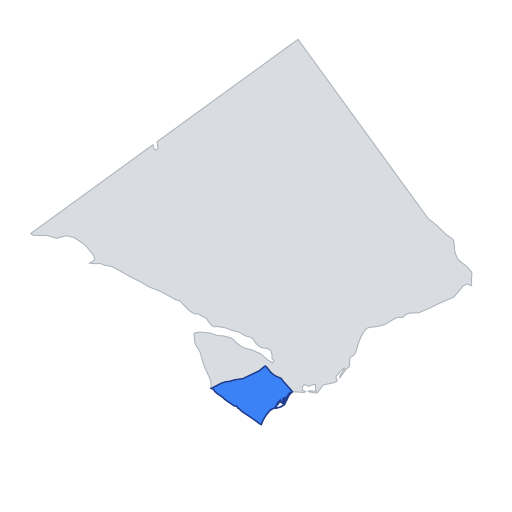 Shamal Sina' on a map of Egypt (Mercator projection), rotated 144°
{"feature_id": "EGY-1558", "entity_name": "Shamal Sina'", "entity_type": "Governorate", "adm_level": 1, "iso_a3": "EGY", "parent_name": "Egypt", "parent_adm1": "", "projection": "mercator", "projection_center": [33.332, 30.402], "detail": "fine", "context": "in_parent", "style": "filled", "palette": "blue", "viewbox_px": 512, "rotation_deg": 144, "n_neighbors": 0, "source": "natural_earth", "source_scale": "10m", "svg_char_len": 5954}
<svg xmlns="http://www.w3.org/2000/svg" viewBox="0 0 512 512"><g transform="rotate(144 256 256)"><path d="M425.0,406.6L415.9,406.6L406.8,406.6L397.7,406.6L388.6,406.6L379.4,406.6L370.3,406.6L361.2,406.6L352.1,406.6L343.0,406.6L333.9,406.6L324.8,406.6L315.6,406.6L306.5,406.6L297.4,406.6L288.3,406.6L279.2,406.6L274.0,406.6L274.9,403.9L275.4,402.0L274.8,400.7L273.0,400.4L271.9,400.8L269.1,406.4L267.7,406.6L264.5,406.6L253.9,406.6L243.3,406.6L232.6,406.6L222.0,406.6L211.4,406.6L200.8,406.6L190.2,406.6L179.6,406.6L169.0,406.6L158.4,406.6L147.7,406.6L137.1,406.6L126.5,406.6L115.9,406.6L105.3,406.6L94.7,406.6L94.7,399.9L94.7,393.1L94.7,386.4L94.7,379.6L94.7,372.8L94.7,366.0L94.7,359.2L94.7,352.4L94.7,345.6L94.7,338.8L94.7,331.9L94.7,325.1L94.7,318.2L94.7,311.3L94.7,304.4L94.7,297.5L94.7,290.6L94.7,283.6L94.7,276.7L94.7,269.7L94.7,262.7L94.7,255.8L94.7,248.7L94.7,241.7L94.7,234.7L94.7,227.6L94.7,220.6L94.7,213.5L94.7,206.4L94.7,199.3L94.7,192.2L94.7,185.0L94.4,183.7L92.9,178.9L91.5,172.7L90.0,165.0L89.8,162.6L87.2,154.7L87.0,152.5L87.6,150.9L91.8,144.2L93.1,141.0L94.2,137.1L94.5,133.9L93.3,129.1L91.8,124.7L91.3,120.2L91.1,115.8L93.3,112.8L95.9,110.0L96.8,108.2L98.3,106.3L99.4,105.4L101.5,109.3L105.8,110.0L120.0,106.5L135.7,110.0L144.4,111.4L157.7,114.4L165.8,119.8L168.0,120.4L173.8,120.3L177.7,123.5L192.9,125.0L201.0,128.5L205.6,131.3L208.3,132.2L210.8,132.0L214.1,131.0L218.3,129.0L222.8,126.3L232.2,119.3L235.5,118.1L237.7,118.4L240.3,118.3L241.4,116.4L242.8,115.1L243.7,113.6L245.1,111.8L250.0,111.3L259.8,108.2L258.7,109.7L249.8,113.1L253.6,113.6L257.5,112.4L262.0,111.6L262.8,110.2L263.4,107.4L264.2,107.1L267.3,107.6L276.5,111.8L278.8,111.9L285.2,109.6L286.6,109.1L288.7,110.4L293.5,115.6L291.8,115.5L286.7,111.0L286.2,113.2L283.3,117.2L287.0,118.9L289.9,119.5L291.5,121.7L292.5,123.7L295.4,122.8L297.5,120.2L296.4,118.7L295.7,117.1L296.7,117.1L298.7,118.4L304.5,123.4L306.5,124.4L308.7,124.3L313.4,122.9L314.7,123.1L321.1,121.2L321.8,122.6L322.9,123.9L328.0,122.4L336.0,122.4L342.5,120.8L350.1,116.8L350.8,116.2L351.2,117.2L352.1,119.9L354.4,126.8L356.4,132.2L358.9,139.7L359.6,142.6L360.0,144.6L363.5,152.8L365.7,159.5L367.2,164.9L369.4,172.9L370.4,175.6L368.8,177.1L365.7,182.2L362.4,198.5L357.7,211.2L357.1,219.1L356.4,221.9L354.1,225.9L351.4,229.9L346.5,227.8L338.6,220.9L334.0,214.4L329.0,210.2L324.4,204.5L323.1,200.5L323.1,197.9L321.1,191.5L319.6,188.5L313.9,181.7L312.2,178.1L311.0,176.5L309.7,174.2L307.7,165.4L305.4,159.7L302.8,161.3L303.3,163.7L301.0,166.9L299.7,170.7L300.7,173.8L305.4,178.5L306.3,180.6L307.4,185.0L307.2,191.1L308.0,193.1L311.5,197.6L312.7,200.3L313.5,202.5L314.6,204.6L318.1,208.5L323.1,215.9L327.8,220.9L331.2,223.2L332.7,225.6L333.0,231.8L332.7,234.8L335.7,240.3L336.8,243.1L339.7,245.4L341.1,248.0L342.3,252.2L344.1,264.7L346.6,267.7L354.4,284.1L361.0,294.3L364.1,302.0L369.0,311.3L378.4,331.6L384.1,337.9L386.3,341.4L390.4,344.1L394.8,348.0L390.6,347.6L389.5,347.9L388.1,348.5L387.3,350.9L387.0,352.8L387.6,363.0L388.7,368.2L392.4,378.0L395.2,381.0L396.5,382.9L398.4,384.3L407.2,387.6L412.3,394.7L423.9,403.6L425.0,406.0L425.0,406.6Z" fill="#d9dde1" stroke="#a8b0b8" stroke-width="1"/><path d="M352.2,119.8L352.4,120.7L353.5,124.1L354.4,126.8L355.5,129.7L356.9,133.4L358.6,138.0L359.2,140.5L359.3,141.9L359.4,142.4L359.9,143.0L360.1,143.4L360.1,143.8L359.9,144.8L359.8,145.4L359.9,145.7L360.1,146.0L361.6,147.4L361.9,147.8L362.8,150.5L364.5,155.2L365.5,158.3L365.6,158.5L365.7,158.9L365.7,159.1L365.8,160.8L367.1,164.2L368.2,167.2L368.9,170.5L368.8,172.7L369.0,173.5L369.6,174.8L369.9,175.2L358.3,173.4L354.8,172.2L351.6,170.4L345.9,168.3L338.8,164.5L321.1,161.3L313.4,161.7L313.2,161.4L313.0,160.9L312.7,160.3L312.4,153.7L311.9,150.8L310.4,146.9L307.9,142.8L307.8,142.7L307.7,142.3L307.6,141.6L307.6,138.7L306.4,127.5L306.3,124.7L307.6,124.7L308.8,124.6L310.9,124.0L313.3,122.8L313.8,122.4L314.9,121.9L315.3,121.6L315.4,121.9L314.6,122.2L313.0,123.4L312.1,123.6L310.6,124.4L308.2,125.0L309.6,125.0L309.2,125.4L310.0,125.4L310.3,125.3L310.5,125.0L310.8,125.2L311.1,125.2L312.8,124.1L314.2,123.6L314.5,123.4L314.8,123.6L315.2,123.7L315.1,123.8L314.9,123.9L314.9,124.1L315.2,124.0L315.8,123.6L315.8,123.4L315.1,123.4L315.1,123.2L315.4,123.0L315.9,123.2L316.3,123.5L316.6,123.9L316.7,124.0L316.7,124.4L316.8,124.5L316.4,124.5L317.3,124.9L317.7,124.8L318.1,124.5L318.1,124.3L317.9,124.1L317.7,124.1L317.7,123.9L318.8,123.6L319.1,123.4L318.9,123.2L319.0,122.9L319.1,122.6L319.3,122.3L319.1,122.3L318.9,122.5L318.3,123.0L318.2,123.1L318.1,123.3L318.3,123.4L317.9,123.5L317.3,123.5L316.7,123.4L316.2,123.2L317.0,123.1L317.5,122.6L317.9,122.0L318.3,121.4L318.6,121.2L319.3,121.1L319.7,121.0L320.2,120.5L320.5,120.3L321.0,120.3L321.0,120.5L320.2,120.5L320.6,121.0L321.6,122.3L321.9,122.8L321.7,123.0L321.4,123.1L321.0,123.4L320.9,123.3L320.9,123.2L320.8,123.4L321.2,123.7L321.5,124.1L321.5,124.6L321.2,125.2L322.2,124.8L322.7,124.7L323.1,124.7L323.4,124.7L323.6,124.7L323.2,124.3L323.1,124.5L322.9,124.5L322.9,124.3L324.4,123.7L324.8,123.4L325.0,123.4L324.8,123.6L325.0,123.9L325.2,123.7L325.4,123.7L325.6,123.8L325.7,124.1L325.9,124.1L325.9,123.8L325.9,123.5L325.9,123.4L326.3,123.4L326.0,123.3L325.8,123.3L325.5,123.3L325.2,123.2L328.2,123.0L328.0,122.4L328.3,122.3L328.8,122.2L328.8,121.6L329.1,121.8L329.3,121.9L329.7,121.8L330.8,122.3L331.3,122.5L333.4,122.7L333.9,123.0L333.9,122.7L334.5,122.9L335.5,122.9L341.2,121.4L346.6,119.2L350.8,116.5L351.5,117.7L351.7,118.3L352.2,119.8ZM319.7,119.3L320.4,118.9L324.8,119.4L324.6,119.6L324.2,119.6L323.4,119.4L322.6,119.3L321.7,119.1L320.8,119.4L320.3,119.3L319.6,119.6L316.2,121.4L315.7,121.9L316.0,121.4L316.6,121.1L317.2,120.8L317.5,120.6L317.9,120.3L319.3,119.6L319.7,119.3ZM327.9,120.5L328.7,120.7L329.5,121.1L330.7,122.1L330.1,121.7L325.8,119.8L325.0,119.6L325.8,119.7L327.3,120.3L327.9,120.5ZM316.9,124.0L316.8,123.9L316.6,123.9L316.8,123.7L317.0,123.8L317.1,124.0L317.2,124.3L316.9,124.0Z" fill="#3b82f6" stroke="#1e3a8a" stroke-width="1.5"/></g></svg>